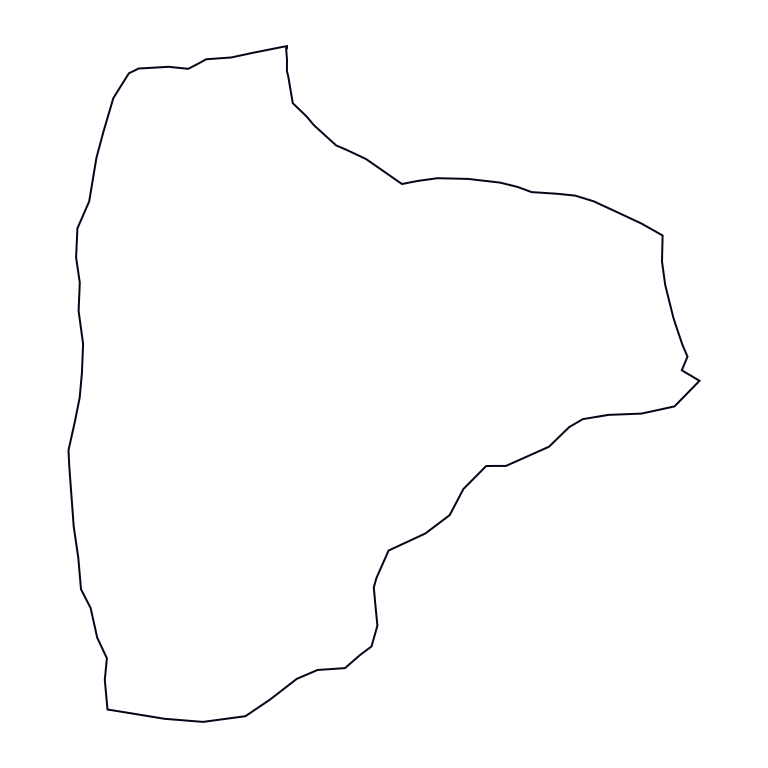 the district of Etrek, Balkan, Turkmenistan
{"feature_id": "10190150B33098588070062", "entity_name": "Etrek", "entity_type": "district", "adm_level": 2, "iso_a3": "TKM", "parent_name": "Turkmenistan", "parent_adm1": "Balkan", "projection": "orthographic", "projection_center": [54.674, 38.185], "detail": "fine", "context": "isolated", "style": "outline", "palette": "ink", "viewbox_px": 768, "rotation_deg": 0, "n_neighbors": 0, "source": "geoboundaries", "source_scale": "gbopen_adm2", "svg_char_len": 1308}
<svg xmlns="http://www.w3.org/2000/svg" viewBox="0 0 768 768"><path d="M113.3,98.2L103.4,131.9L96.4,158.0L89.2,201.4L77.4,228.4L76.1,257.5L79.8,282.8L78.6,310.9L83.1,344.0L81.9,373.2L79.7,397.6L74.6,422.9L68.5,450.2L69.3,466.8L71.9,502.0L73.7,526.5L78.3,557.9L81.0,589.3L90.6,608.0L97.2,637.6L106.9,658.3L104.8,679.9L107.5,709.5L164.6,718.8L203.0,721.9L245.4,716.2L270.1,699.5L296.7,678.9L317.4,670.0L345.0,668.1L359.7,655.3L371.5,646.4L377.4,625.7L375.4,605.1L373.8,587.5L376.4,578.1L388.6,550.5L425.3,533.5L449.7,515.1L463.4,489.0L486.2,466.0L506.0,465.9L549.0,446.7L569.3,427.0L582.9,419.1L608.2,414.9L641.4,413.6L672.6,406.8L674.5,406.4L691.8,388.7L698.9,381.4L699.5,380.8L681.8,370.3L687.5,356.6L682.5,345.0L675.8,325.2L673.4,317.8L665.2,284.9L662.0,261.6L662.6,235.5L641.0,223.3L640.5,223.1L593.9,201.4L575.1,195.6L557.5,193.8L531.6,192.1L517.1,186.8L500.0,182.6L467.8,178.9L437.3,178.2L417.3,181.0L401.9,184.0L366.1,159.1L347.5,150.3L336.1,145.4L313.9,125.2L307.0,116.9L292.8,103.2L288.2,76.2L286.9,71.1L287.0,59.6L286.1,48.5L287.0,48.3L287.0,46.1L282.1,47.0L264.1,50.6L253.3,52.7L244.2,54.7L231.1,57.5L219.5,58.3L206.1,59.3L205.2,59.8L197.8,63.9L188.3,68.8L172.3,67.2L168.5,66.8L148.0,68.0L138.6,68.5L134.7,70.5L128.9,73.3L125.3,79.0L113.3,98.2Z" fill="none" stroke="#020617" stroke-width="2"/></svg>